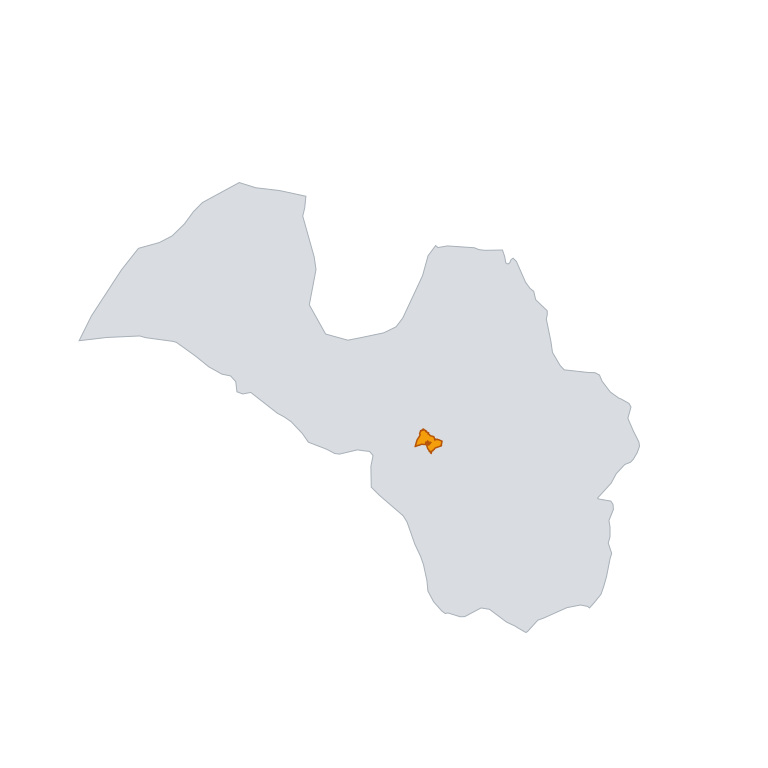 Kokneses pag., Kokneses, Latvia shown in context, rotated 28°
{"feature_id": "27541924B28822994626214", "entity_name": "Kokneses pag.", "entity_type": "district", "adm_level": 2, "iso_a3": "LVA", "parent_name": "Latvia", "parent_adm1": "Kokneses", "projection": "albers", "projection_center": [25.417, 56.656], "detail": "fine", "context": "in_parent", "style": "filled", "palette": "amber", "viewbox_px": 768, "rotation_deg": 28, "n_neighbors": 0, "source": "geoboundaries", "source_scale": "gbopen_adm2", "svg_char_len": 5486}
<svg xmlns="http://www.w3.org/2000/svg" viewBox="0 0 768 768"><g transform="rotate(28 384 384)"><path d="M545.8,557.9L541.6,557.3L529.9,552.9L520.0,546.2L514.1,537.3L503.8,525.1L497.1,518.9L486.6,511.1L469.2,495.1L462.9,491.4L432.2,484.4L421.2,481.1L411.1,462.9L407.9,452.3L402.9,450.3L397.4,452.5L391.5,454.6L377.6,466.8L373.1,468.5L364.5,468.5L344.5,470.9L335.5,466.2L319.9,460.9L311.3,459.9L303.7,459.9L270.3,454.0L264.0,459.1L257.8,459.9L252.0,451.5L244.7,448.9L236.3,451.4L221.3,451.1L203.6,447.7L181.1,444.7L177.7,445.4L152.0,454.9L145.7,456.3L117.3,473.1L94.5,488.9L93.7,461.3L98.6,406.5L103.5,379.5L119.2,364.6L127.4,352.7L132.6,336.5L134.8,321.4L138.5,309.0L161.6,274.1L178.4,271.0L201.4,262.1L226.9,254.9L231.3,265.7L233.4,273.9L262.7,304.6L270.2,314.8L280.9,349.2L309.0,367.3L331.5,362.3L341.5,354.2L359.7,339.0L367.8,327.9L369.6,317.0L367.2,270.3L362.7,250.1L364.6,237.5L367.6,238.2L375.2,232.3L399.8,221.3L404.7,220.8L410.3,218.6L425.7,210.1L430.6,214.7L434.7,219.9L437.0,219.9L438.1,218.0L437.8,214.7L438.9,212.3L443.3,213.6L461.2,227.7L468.0,231.0L472.7,231.9L478.4,238.4L493.7,242.7L495.6,246.1L496.8,250.4L511.4,268.1L517.9,277.0L530.9,285.0L536.4,286.9L558.7,278.1L564.8,275.0L570.0,274.9L575.3,279.2L587.5,284.8L598.4,286.3L600.4,285.9L609.6,286.2L612.9,288.4L615.4,299.8L626.2,308.4L636.2,315.5L638.8,318.9L639.8,325.5L639.5,333.2L638.4,337.3L634.4,342.0L631.2,353.9L631.1,365.0L626.1,384.5L627.4,384.8L639.2,380.9L642.7,382.8L645.4,386.9L646.7,399.0L650.8,404.3L655.2,412.6L656.7,419.2L664.6,426.7L665.5,431.8L670.9,449.6L673.1,459.9L674.3,467.9L672.3,478.2L670.6,485.2L668.1,484.8L661.2,486.9L650.5,495.6L634.8,515.8L630.7,520.3L626.9,535.3L625.9,536.8L616.2,536.5L613.6,536.2L604.0,536.7L582.9,533.4L574.8,536.2L564.5,551.5L560.4,553.8L548.0,556.1L545.8,557.9Z" fill="#d9dde1" stroke="#a8b0b8" stroke-width="1"/><path d="M462.1,407.3L458.5,407.5L457.8,407.8L457.4,407.9L456.8,407.8L456.3,408.5L455.4,408.5L455.2,409.3L455.3,409.3L455.2,409.3L455.2,409.5L455.0,409.4L454.9,409.2L453.4,407.7L452.9,407.3L452.3,407.2L451.8,407.3L451.7,407.3L450.2,407.7L449.3,407.9L449.1,407.9L448.8,407.9L448.0,407.4L447.5,407.3L447.1,407.2L446.9,407.2L446.6,407.5L446.3,407.3L446.2,406.2L443.4,406.4L443.4,406.1L443.4,405.9L443.0,406.0L442.7,405.5L441.2,405.7L440.8,405.5L440.7,405.4L440.5,405.5L440.4,405.5L440.2,405.5L440.2,405.4L439.9,405.3L439.7,405.4L439.7,405.5L439.8,405.7L439.8,405.8L439.8,406.0L439.7,406.1L439.7,406.3L439.4,406.5L439.4,406.8L439.4,407.0L439.5,407.0L439.4,407.1L439.3,407.3L439.2,407.4L438.9,407.4L438.9,407.5L438.7,407.7L438.8,407.8L438.7,407.9L438.6,408.0L438.5,408.3L438.4,408.3L438.5,408.5L438.4,408.6L438.4,408.9L438.5,409.1L438.5,409.3L438.5,409.5L438.6,410.1L438.8,411.2L439.9,412.0L439.7,415.2L439.6,416.0L439.6,416.5L439.5,416.9L439.5,417.0L439.5,417.5L439.5,418.1L439.6,418.5L439.8,419.7L439.9,420.1L440.0,420.4L440.1,420.9L440.1,421.0L440.5,422.7L440.5,422.9L440.6,423.3L440.7,423.6L440.7,423.8L440.9,424.5L441.1,424.4L441.2,424.2L441.3,424.2L441.6,423.8L441.8,423.5L441.9,423.3L442.1,423.2L442.3,423.0L442.5,422.6L442.9,422.3L443.1,422.1L443.4,421.9L443.7,421.6L443.9,421.4L444.1,421.2L444.3,420.9L444.5,420.8L444.7,420.5L444.8,420.3L444.9,420.2L445.0,420.0L445.5,419.5L445.7,419.4L446.3,419.2L446.7,419.0L447.3,418.8L447.9,418.5L448.3,418.3L448.5,418.1L448.8,418.1L449.4,417.9L449.7,417.9L450.0,418.0L450.3,418.1L450.6,418.3L450.8,418.4L450.9,418.5L451.0,418.6L451.4,418.9L452.0,419.7L452.1,419.8L452.3,420.0L452.8,420.3L453.0,420.5L453.3,420.7L453.7,420.9L453.9,421.0L454.2,421.1L454.8,421.4L455.3,421.7L455.4,421.9L455.5,422.1L455.8,422.0L456.3,421.8L456.4,422.0L456.6,422.2L456.9,422.5L456.9,422.4L457.0,422.3L457.4,422.5L457.6,422.7L458.2,422.8L458.1,422.5L458.1,422.3L458.0,422.2L457.7,421.3L457.7,421.1L457.8,420.8L457.9,420.7L458.0,420.4L458.1,420.2L458.5,419.9L458.3,419.4L459.0,418.2L459.0,417.5L459.0,417.4L459.1,417.0L459.2,416.7L459.3,416.4L461.6,413.9L461.9,413.5L462.5,412.9L463.1,412.2L463.1,411.8L463.1,411.7L463.3,411.7L463.6,411.6L463.5,411.1L463.1,410.8L463.1,410.7L463.0,410.2L462.9,410.1L462.8,409.6L462.5,408.5L462.3,408.0L462.2,407.7L462.1,407.3ZM452.1,414.7L452.3,414.8L452.3,415.0L452.2,415.3L452.3,415.4L452.2,415.6L452.4,415.6L452.4,415.8L452.2,416.1L452.0,416.4L451.8,416.5L451.7,416.6L451.8,416.6L451.7,416.7L451.5,416.8L451.5,416.7L451.4,416.7L451.5,416.8L451.4,416.8L451.4,416.7L451.3,416.8L451.2,416.9L451.0,417.0L450.8,417.0L450.6,417.1L450.2,417.2L450.2,417.3L449.9,417.5L449.7,417.5L449.4,417.5L449.2,417.6L449.3,417.5L449.4,417.4L449.5,417.3L449.5,417.2L449.4,417.0L449.4,416.9L449.2,416.8L448.9,416.9L448.7,416.9L448.7,416.7L448.5,416.4L448.4,416.3L448.4,416.2L448.3,415.9L448.6,415.9L448.8,415.9L449.3,415.9L449.4,415.4L449.2,415.4L448.4,415.5L449.2,415.4L449.4,415.4L449.5,415.2L449.2,415.2L448.9,415.2L449.1,415.1L449.5,415.1L449.9,415.2L450.0,415.2L450.1,415.3L450.0,415.2L449.8,415.1L450.0,415.1L449.9,415.0L449.9,414.9L450.0,414.8L450.0,414.7L449.8,414.7L449.7,414.5L449.7,414.4L449.8,414.3L449.7,414.3L449.5,414.2L449.4,414.2L449.3,414.3L449.2,414.3L449.2,414.2L449.3,414.0L449.3,413.9L449.7,414.0L449.9,414.3L450.1,414.4L450.3,414.8L450.5,414.9L450.7,415.0L450.8,415.1L451.0,415.1L451.1,415.3L451.3,415.3L451.4,415.2L451.5,415.2L451.7,414.7L451.8,414.6L452.0,414.4L452.1,414.2L452.3,414.0L452.2,414.0L452.3,414.0L452.2,414.0L452.1,413.8L452.3,413.7L452.5,413.7L452.5,413.8L452.5,414.1L452.6,414.3L452.3,414.4L452.1,414.6L452.1,414.7Z" fill="#f59e0b" stroke="#b45309" stroke-width="1.5"/></g></svg>